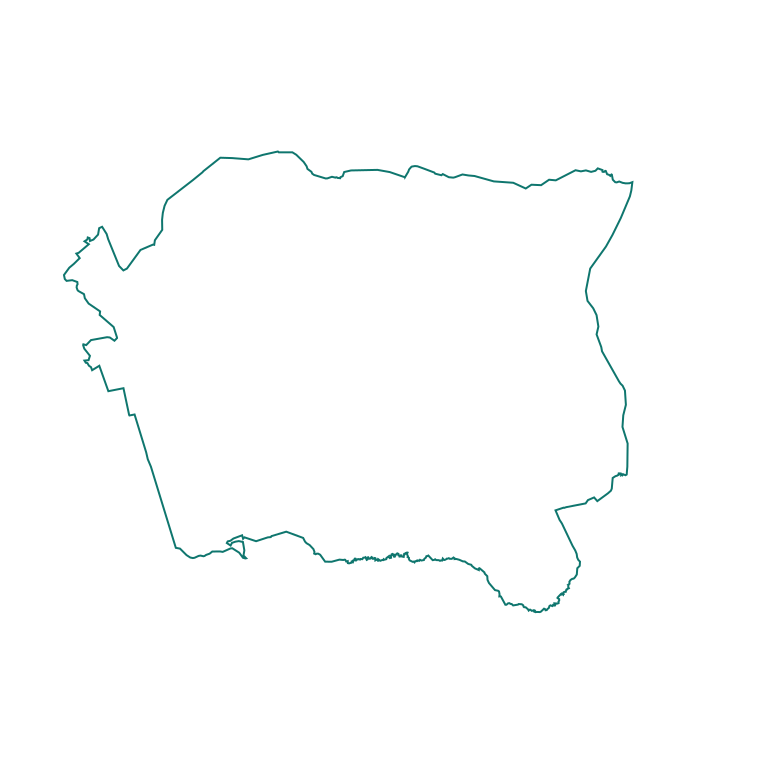 Gaiķu pag., Brocenu, Latvia (Mercator projection), rotated 77°
{"feature_id": "27541924B40393158953955", "entity_name": "Gaiķu pag.", "entity_type": "district", "adm_level": 2, "iso_a3": "LVA", "parent_name": "Latvia", "parent_adm1": "Brocenu", "projection": "mercator", "projection_center": [22.579, 56.793], "detail": "fine", "context": "isolated", "style": "outline", "palette": "teal", "viewbox_px": 768, "rotation_deg": 77, "n_neighbors": 0, "source": "geoboundaries", "source_scale": "gbopen_adm2", "svg_char_len": 6162}
<svg xmlns="http://www.w3.org/2000/svg" viewBox="0 0 768 768"><g transform="rotate(77 384 384)"><path d="M218.8,149.3L224.2,170.8L222.1,177.2L225.6,186.2L223.0,195.5L225.4,201.9L217.0,212.8L211.3,231.4L201.7,249.0L199.8,254.8L197.5,260.4L198.5,268.4L198.5,270.1L197.1,274.3L192.7,279.5L193.5,281.1L190.6,286.8L189.3,287.4L183.5,296.1L179.4,302.4L178.6,304.8L178.4,308.0L178.7,308.7L180.6,311.3L182.6,312.6L187.2,317.0L186.9,317.0L186.9,317.7L178.8,330.7L173.9,342.2L168.5,368.1L168.5,375.1L172.2,377.5L172.7,379.9L173.6,380.4L172.7,383.0L172.0,383.5L171.8,384.2L172.0,384.9L170.4,388.1L170.9,393.0L170.6,394.6L164.6,405.1L162.9,406.6L160.9,407.0L157.2,410.2L154.5,410.4L149.6,412.3L140.9,417.9L137.7,421.1L134.6,434.4L133.6,435.1L133.5,450.5L134.6,465.6L129.7,481.2L126.7,492.6L136.0,512.1L136.9,513.3L142.4,524.5L155.8,553.6L161.0,557.7L167.5,561.0L174.1,563.3L183.9,565.4L192.4,574.9L196.7,576.6L196.2,577.7L198.6,591.1L213.7,608.5L214.7,612.4L209.4,615.6L180.7,620.2L175.5,620.5L167.4,623.3L168.1,626.5L174.1,629.0L177.9,634.6L178.5,638.3L175.6,638.1L174.6,639.7L176.4,640.5L177.6,643.7L181.4,640.2L187.5,652.0L187.7,654.4L192.9,652.2L197.2,659.2L199.9,664.5L205.8,671.3L209.9,671.4L212.1,670.1L212.7,664.4L215.6,659.9L217.8,660.1L219.1,661.2L220.9,661.8L223.5,661.5L224.6,660.9L229.0,656.1L233.1,656.2L239.2,653.7L249.4,644.3L252.8,645.5L267.7,634.6L278.6,633.7L279.2,633.8L281.2,636.9L277.0,640.7L276.1,643.3L275.3,659.6L279.1,665.4L277.7,668.0L278.4,668.4L282.1,668.1L290.4,664.2L294.3,666.5L293.8,670.6L296.2,669.8L296.9,668.3L299.8,667.4L301.7,665.7L304.9,665.3L302.2,657.3L329.0,654.2L329.5,638.8L356.8,639.3L357.4,639.1L357.6,633.9L397.1,631.1L404.1,631.1L412.2,629.7L496.8,623.7L498.5,619.8L506.3,614.9L509.5,611.8L510.6,609.4L510.7,607.6L509.8,603.3L509.9,601.4L511.2,598.7L511.2,597.6L510.5,595.7L510.1,592.1L508.6,589.0L510.3,581.4L511.3,578.9L509.7,570.6L509.9,568.8L515.8,563.0L521.6,560.5L522.8,558.3L522.8,557.5L519.5,559.5L514.7,557.5L506.2,557.0L504.4,560.8L504.2,564.2L504.6,567.9L506.9,569.8L503.6,572.9L502.2,571.7L502.2,568.9L500.7,565.5L499.5,556.3L503.1,556.1L502.0,554.5L508.4,544.0L507.3,531.7L507.7,528.8L506.9,527.8L505.9,512.5L515.8,497.4L519.8,496.4L521.7,495.3L524.2,492.7L529.0,489.9L532.1,489.5L533.5,490.2L534.5,488.9L534.2,487.7L534.5,486.3L536.0,484.6L543.9,481.3L545.4,474.9L545.1,466.9L546.3,463.3L546.3,461.9L546.6,461.3L548.5,460.7L548.4,459.2L550.4,459.5L550.9,458.4L550.8,455.9L550.0,455.6L550.7,454.4L549.9,454.0L549.3,454.5L549.0,453.9L549.1,452.4L549.5,451.5L548.8,451.4L548.2,452.3L547.6,451.8L547.8,451.0L549.3,450.4L548.8,449.3L549.1,448.9L548.9,448.0L549.7,446.9L549.2,446.3L549.8,444.5L548.6,443.3L548.8,441.7L548.6,441.1L551.5,440.4L551.3,439.7L549.3,439.0L549.3,438.3L550.9,437.8L551.1,436.8L549.8,435.1L550.3,434.6L551.3,434.8L551.9,434.1L551.8,433.4L552.2,432.6L551.4,432.4L551.7,431.7L553.9,432.1L553.4,430.3L554.9,429.6L554.9,429.1L553.7,428.8L555.4,427.3L555.1,425.2L555.4,424.4L554.7,423.8L555.3,423.4L555.2,421.2L554.1,420.7L553.2,418.7L554.1,418.1L554.4,417.1L554.9,417.2L554.9,416.2L553.3,416.0L552.6,416.5L552.6,415.1L552.2,414.4L551.6,414.5L551.5,413.8L552.3,413.3L552.6,412.5L553.5,413.3L554.4,413.2L554.7,412.4L552.8,410.6L552.0,409.2L552.7,408.2L554.1,408.5L554.5,407.7L555.6,407.7L555.7,406.8L554.7,406.0L554.9,405.5L556.0,405.6L556.9,403.7L554.2,402.6L554.5,401.9L553.6,401.2L553.4,399.4L553.6,399.0L554.8,399.9L557.4,399.4L557.9,399.9L559.1,398.8L560.1,399.1L561.6,398.7L563.7,396.1L563.7,395.1L564.7,394.4L563.7,393.4L563.9,392.4L563.5,391.8L564.0,391.1L563.5,390.6L564.2,389.4L563.4,388.5L564.4,387.3L564.5,384.7L563.4,384.0L562.6,382.3L561.3,381.4L561.4,380.3L561.1,379.4L566.6,376.2L566.7,374.7L566.3,373.6L567.3,372.8L568.0,370.2L568.9,369.2L568.7,368.3L569.1,367.1L567.3,366.0L569.0,365.1L569.1,364.4L568.6,362.4L568.3,362.1L568.5,361.4L568.3,360.0L569.1,359.3L569.6,357.3L568.7,355.3L570.0,354.2L570.5,354.5L570.8,352.8L572.2,350.2L574.6,347.0L575.1,345.2L578.3,342.4L579.8,339.6L580.8,339.4L584.1,336.9L586.6,333.5L585.2,333.2L584.9,332.6L585.3,332.1L590.2,328.5L591.4,328.5L594.5,326.6L598.1,327.2L601.5,326.5L609.8,322.2L611.1,319.4L612.0,318.6L614.8,318.7L616.9,319.4L617.0,318.3L617.4,317.9L626.4,315.4L626.6,314.3L625.6,312.4L625.8,311.0L626.7,310.3L627.1,309.1L628.8,308.0L629.1,303.0L628.7,302.3L629.6,299.3L631.0,298.1L632.4,298.1L633.0,297.7L633.4,296.2L635.9,294.4L637.3,294.0L636.7,292.9L636.8,292.2L638.3,291.0L638.1,288.8L638.7,288.0L639.6,288.8L640.4,287.7L640.5,286.3L641.3,283.4L641.1,282.3L638.9,278.6L639.6,277.7L640.8,277.5L640.9,276.3L640.1,275.5L639.4,273.9L637.5,272.7L637.1,271.6L638.2,270.0L637.4,269.1L638.0,268.6L638.3,267.3L637.5,266.6L636.6,267.5L636.0,267.4L637.0,264.2L636.7,263.1L635.4,263.0L634.4,262.0L633.0,261.7L631.6,263.1L631.2,263.0L628.6,259.1L629.1,258.8L629.1,258.3L628.3,257.7L629.5,256.9L629.0,256.7L629.0,256.2L628.0,256.4L627.3,255.8L627.1,254.7L627.4,253.7L625.4,252.6L625.2,252.3L625.4,251.9L624.9,251.2L624.6,249.8L623.3,250.2L621.5,249.5L621.1,249.8L620.4,248.2L618.3,247.8L616.9,246.3L616.2,244.4L616.3,243.0L615.5,241.6L613.0,239.0L607.0,237.1L605.2,234.2L601.2,233.0L599.0,234.3L596.5,234.8L592.9,234.5L589.2,235.1L584.0,236.7L560.0,242.0L555.9,243.5L545.7,245.3L544.9,236.9L545.2,236.4L545.0,234.0L545.7,214.4L543.0,211.4L541.8,204.8L546.1,202.5L540.9,190.4L539.0,186.9L537.2,185.6L527.0,182.3L525.9,179.3L525.7,177.2L525.2,176.3L525.3,176.0L523.9,175.4L524.3,173.9L524.8,174.2L525.0,173.5L525.4,173.6L525.5,172.5L526.1,172.9L526.0,172.5L526.6,172.2L525.9,171.1L527.2,169.2L526.8,167.9L519.3,165.5L496.8,160.0L479.5,161.3L468.3,157.9L458.7,153.0L444.6,150.7L439.3,151.9L436.8,153.5L434.1,154.5L401.2,164.2L396.9,164.0L383.5,165.7L376.3,162.2L364.7,161.4L357.3,163.1L348.8,167.0L338.8,166.4L317.9,157.1L300.0,136.8L290.2,127.9L275.5,115.9L256.5,102.2L251.1,99.5L243.2,96.6L243.6,99.8L242.9,103.3L241.7,106.2L239.6,109.3L239.9,111.9L239.4,113.3L236.4,115.1L231.3,114.9L231.0,115.2L231.2,115.7L232.1,116.7L230.8,117.7L229.8,119.4L226.3,120.0L226.1,120.5L226.8,121.8L226.6,122.9L226.2,123.4L224.7,123.0L222.0,127.2L223.8,130.0L223.9,134.5L221.3,139.2L221.1,144.3L218.8,149.3Z" fill="none" stroke="#0f766e" stroke-width="2"/></g></svg>